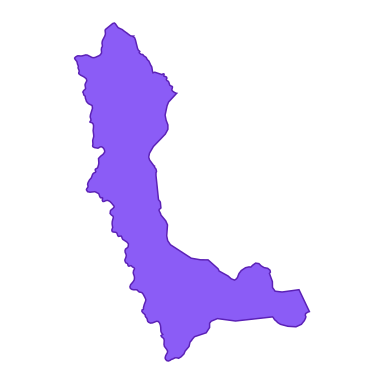 the Province of West Azarbaijan
{"feature_id": "IRN-3237", "entity_name": "West Azarbaijan", "entity_type": "Province", "adm_level": 1, "iso_a3": "IRN", "parent_name": "Iran", "parent_adm1": "", "projection": "orthographic", "projection_center": [44.982, 37.874], "detail": "fine", "context": "isolated", "style": "filled", "palette": "violet", "viewbox_px": 384, "rotation_deg": 0, "n_neighbors": 0, "source": "natural_earth", "source_scale": "10m", "svg_char_len": 5400}
<svg xmlns="http://www.w3.org/2000/svg" viewBox="0 0 384 384"><path d="M114.4,23.0L115.4,23.8L117.3,26.6L118.2,27.7L122.3,29.6L123.6,30.7L129.2,34.8L129.4,35.1L130.3,35.6L130.6,35.8L132.1,36.1L133.7,36.1L133.5,36.5L133.2,36.8L134.6,37.8L135.4,39.8L137.5,48.3L138.3,50.1L139.8,51.4L139.2,52.5L139.5,53.1L141.2,54.4L141.6,54.4L142.3,54.4L142.9,54.6L143.1,54.9L143.3,55.3L143.5,55.6L146.0,57.3L146.4,57.8L146.6,58.4L147.2,59.4L147.8,60.2L148.5,60.6L149.0,61.4L150.3,64.2L150.7,65.2L151.3,66.0L151.8,67.0L152.5,71.4L153.0,72.8L154.8,72.2L162.0,74.6L162.1,74.4L162.6,74.1L163.3,73.8L163.9,73.9L164.1,74.5L163.9,75.3L163.9,76.1L164.6,76.4L165.6,76.6L166.5,77.1L166.9,78.1L166.3,79.4L166.7,80.3L167.3,80.8L168.0,81.1L168.6,81.8L168.9,82.5L169.5,84.4L169.8,85.2L170.5,85.7L172.1,86.4L172.5,87.0L172.3,87.9L172.1,88.7L171.9,89.4L172.0,90.4L172.8,91.3L174.3,92.3L175.8,93.1L176.7,93.3L176.2,93.8L168.6,102.0L167.1,105.7L165.1,115.1L166.1,120.2L167.9,124.9L167.9,129.3L165.3,134.1L153.4,146.5L149.5,153.2L148.7,157.1L149.6,160.0L154.1,166.1L154.5,166.1L154.6,167.3L155.0,167.9L155.5,168.4L156.0,169.1L156.4,170.7L156.5,171.7L156.3,172.1L156.0,172.6L156.0,175.6L158.5,199.6L160.0,201.5L160.3,202.2L160.4,202.6L160.9,207.9L160.6,208.4L160.0,208.8L159.3,209.3L159.0,210.3L159.6,211.7L160.5,213.5L161.0,215.1L165.7,220.8L167.5,224.9L166.7,235.9L167.7,240.7L170.4,244.7L191.2,258.2L200.5,259.8L208.1,259.9L218.0,268.7L219.2,271.1L228.1,276.0L231.2,278.8L234.6,280.1L236.6,278.7L237.8,276.8L238.0,276.0L239.0,273.5L241.3,270.5L245.5,267.7L249.0,266.9L250.8,267.1L252.7,265.2L255.6,263.1L258.9,263.6L261.2,265.9L264.1,267.6L267.7,268.3L270.0,270.2L270.4,272.1L269.4,273.4L272.4,281.6L272.5,287.5L275.1,291.2L282.1,292.0L299.0,289.7L309.4,311.6L307.7,312.2L305.6,313.6L305.3,315.3L305.9,316.8L305.5,318.2L304.3,320.7L301.4,324.3L296.0,326.8L287.9,326.3L280.4,324.3L277.6,322.5L276.4,321.2L274.9,320.0L273.9,318.7L273.3,317.6L272.5,316.9L235.5,321.0L217.4,318.6L211.2,321.2L209.6,323.2L209.6,327.5L206.2,332.8L194.5,336.7L192.4,339.1L191.5,340.5L190.0,342.2L189.0,346.5L185.1,351.1L183.9,354.0L181.1,356.8L178.6,358.3L177.0,357.8L175.1,357.8L172.7,359.0L171.5,359.4L171.4,359.4L170.0,360.4L168.4,361.0L166.9,360.7L165.6,359.4L165.1,358.0L165.5,356.2L166.4,354.3L167.3,352.9L167.6,351.1L166.6,349.3L164.4,346.4L164.0,344.5L164.2,340.4L163.8,338.7L162.8,337.7L161.5,336.7L161.0,335.6L162.8,334.4L161.4,332.7L160.9,331.2L160.7,327.3L160.4,325.3L159.6,323.1L158.3,321.5L156.5,321.3L152.5,322.9L150.4,323.1L148.5,322.2L147.7,321.3L147.4,320.4L147.3,319.6L146.9,318.4L146.3,317.6L145.7,317.0L145.3,316.2L145.2,315.0L144.3,314.0L143.2,313.0L142.9,312.8L141.9,311.4L142.0,310.0L142.3,309.8L143.2,309.5L143.4,309.3L143.5,307.4L144.3,304.4L145.6,301.1L145.8,299.5L145.0,297.6L143.3,294.4L142.2,292.9L141.0,292.3L140.1,292.2L139.2,292.0L138.5,291.4L137.8,290.7L137.0,289.9L135.9,289.7L133.7,289.8L131.9,289.4L130.4,288.4L129.9,286.9L130.6,284.7L133.2,281.6L134.2,280.0L134.5,277.8L134.2,275.8L133.6,274.4L133.2,272.8L133.6,270.4L134.3,269.5L134.5,268.5L134.0,267.7L132.4,266.9L131.6,266.0L131.1,265.7L130.4,265.7L129.0,266.2L128.4,266.0L128.1,265.6L127.7,264.2L127.4,263.6L126.9,263.3L126.4,263.1L125.9,262.9L125.5,262.3L124.9,260.7L124.9,259.8L125.9,257.3L126.3,255.5L125.9,254.0L125.2,252.5L125.0,250.7L125.5,249.1L126.4,248.4L127.3,247.8L128.2,246.7L128.4,243.8L126.8,242.0L122.7,239.3L122.1,238.1L121.7,236.8L121.1,236.0L118.5,236.4L117.8,235.7L116.9,233.1L115.8,232.3L113.1,232.0L112.2,231.5L111.8,230.0L112.7,227.4L112.4,225.9L112.1,224.0L112.2,221.8L112.7,219.6L113.3,217.8L113.1,216.3L111.5,215.1L110.1,213.5L110.4,210.8L111.0,210.0L113.4,208.0L114.2,206.9L114.0,206.1L111.4,202.9L109.7,201.3L107.7,200.4L105.8,200.6L104.9,201.1L103.8,201.5L102.8,201.4L102.3,200.4L102.3,199.9L102.6,198.5L102.6,198.0L102.0,197.6L101.6,197.7L101.1,197.9L100.5,197.7L99.8,196.7L99.4,195.6L99.1,194.5L98.7,193.7L97.9,193.2L95.4,191.9L94.6,191.7L90.0,192.2L87.6,191.7L86.4,189.8L86.6,189.1L86.7,188.8L87.4,187.9L88.0,186.9L88.0,185.8L87.6,184.5L87.8,183.4L88.2,182.3L88.8,181.2L89.5,179.9L91.2,178.0L91.8,176.6L92.4,174.8L93.1,173.6L94.0,172.9L95.4,172.3L95.8,171.7L95.2,170.0L95.3,169.3L95.9,168.8L97.1,168.2L97.7,167.5L98.1,166.2L98.6,164.5L98.8,162.8L98.5,158.5L100.5,156.3L103.1,154.3L104.7,152.0L104.6,150.6L104.1,149.2L103.3,148.0L102.3,147.2L101.2,146.7L100.3,146.9L98.0,148.2L94.5,147.6L93.5,147.1L92.8,146.6L92.6,145.8L92.9,144.4L92.9,143.6L92.7,141.3L92.7,140.3L93.7,136.7L93.7,135.1L93.1,130.6L93.5,127.1L93.5,125.2L93.0,123.8L92.5,123.2L92.0,122.8L90.7,122.4L89.9,122.0L90.1,121.4L90.7,120.8L91.0,120.2L90.7,118.6L90.3,117.5L90.2,116.4L90.5,114.6L92.5,108.2L92.1,105.5L88.5,103.7L87.4,102.6L86.4,101.3L85.8,99.3L85.5,98.6L85.3,97.9L85.3,97.2L85.3,96.4L84.7,95.8L84.1,95.3L83.7,94.7L83.4,93.3L83.2,92.7L82.8,92.1L83.8,90.4L85.0,89.5L85.6,88.4L85.0,84.9L85.4,83.5L86.8,80.8L86.2,78.6L83.6,76.7L80.5,75.1L78.8,73.7L78.7,72.9L79.2,71.3L79.1,70.5L78.3,68.7L78.1,68.0L78.1,67.2L78.3,66.6L78.3,65.9L77.5,64.2L77.1,62.3L76.8,61.4L75.0,59.2L74.6,58.1L75.4,57.1L76.8,56.2L77.8,55.8L78.9,55.8L80.4,56.0L82.0,55.9L85.8,54.9L87.4,55.1L92.1,57.5L93.9,57.7L95.4,57.3L99.0,55.7L100.3,54.8L101.5,53.0L101.5,51.4L101.3,49.7L101.6,47.7L102.3,46.7L102.4,45.6L102.2,44.4L102.0,43.2L102.2,41.7L102.5,40.5L104.8,36.0L105.2,34.8L105.3,34.5L105.4,33.4L105.1,30.5L105.4,29.5L112.7,23.5L114.4,23.0Z" fill="#8b5cf6" stroke="#5b21b6" stroke-width="1.5"/></svg>